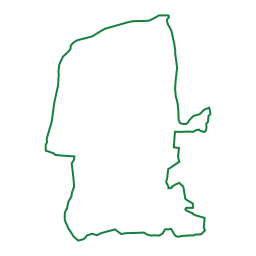 Maghrib Ans, Dhamar, Yemen, rotated 180°
{"feature_id": "15242507B95174628891381", "entity_name": "Maghrib Ans", "entity_type": "district", "adm_level": 2, "iso_a3": "YEM", "parent_name": "Yemen", "parent_adm1": "Dhamar", "projection": "albers", "projection_center": [44.109, 14.465], "detail": "fine", "context": "isolated", "style": "outline", "palette": "green", "viewbox_px": 256, "rotation_deg": 180, "n_neighbors": 0, "source": "geoboundaries", "source_scale": "gbopen_adm2", "svg_char_len": 2743}
<svg xmlns="http://www.w3.org/2000/svg" viewBox="0 0 256 256"><g transform="rotate(180 128 128)"><path d="M179.4,215.5L183.4,212.7L185.4,210.0L185.3,207.6L186.2,206.2L187.3,204.8L193.1,199.3L195.2,194.9L196.7,191.3L197.6,184.2L197.2,181.6L197.5,178.2L197.9,170.7L201.8,152.9L204.2,134.7L205.8,129.2L208.2,121.1L209.3,117.2L209.0,114.1L209.1,113.6L210.3,111.0L210.3,106.3L210.2,105.3L206.7,104.2L202.0,102.5L200.9,101.1L199.2,100.9L192.6,100.3L181.7,99.6L181.8,97.4L181.9,96.4L184.3,92.7L182.6,78.4L182.6,78.1L182.1,72.3L181.9,69.1L182.6,67.9L182.7,66.5L183.6,65.0L184.4,61.5L184.5,59.8L185.3,58.3L186.2,56.8L187.7,54.0L189.0,47.7L189.0,47.3L189.9,46.5L190.1,45.6L191.1,43.6L191.3,39.1L191.2,35.7L188.2,29.1L188.2,28.4L185.0,23.7L184.1,22.2L183.2,20.8L182.4,19.5L178.1,15.7L177.7,15.4L172.0,17.0L168.9,20.6L167.2,21.2L165.3,21.8L164.2,22.2L158.7,20.8L157.5,21.6L157.2,21.7L155.6,22.6L148.5,24.6L141.0,26.6L140.8,26.4L135.8,22.7L134.8,22.0L130.2,22.8L121.1,23.1L111.9,23.4L110.2,22.2L109.4,21.8L108.0,21.1L105.3,20.5L101.5,20.7L100.7,20.7L96.9,20.4L93.7,22.2L90.9,26.7L90.4,26.7L87.4,26.7L84.8,27.1L81.9,22.0L80.3,20.0L77.5,19.2L74.2,20.0L66.1,20.6L62.6,20.5L60.7,21.5L58.3,21.5L54.9,21.7L53.6,23.0L51.0,25.6L52.2,28.2L51.4,38.1L61.0,40.8L63.0,42.0L63.2,42.4L63.5,42.9L65.9,43.6L68.6,45.1L69.5,45.5L70.7,46.5L69.8,48.1L67.2,48.1L63.1,48.1L63.1,48.5L63.1,52.4L69.5,56.2L70.8,57.5L71.4,61.5L71.5,62.0L72.1,65.9L72.7,69.0L72.8,69.4L75.0,71.4L76.9,73.2L77.9,72.6L81.6,71.0L83.0,69.6L84.0,69.5L84.1,68.8L84.3,68.4L84.6,68.1L85.3,68.0L87.5,67.7L87.5,69.2L87.5,69.4L87.9,70.0L89.0,72.3L89.8,73.9L89.7,74.5L89.5,75.5L88.8,77.8L87.8,86.8L76.7,94.3L76.8,94.4L78.0,99.5L77.9,100.2L77.7,102.0L77.5,103.9L77.4,104.9L77.0,108.0L82.2,108.7L81.3,120.9L81.0,124.2L75.5,124.1L69.0,124.4L62.7,124.2L60.4,125.7L57.0,126.4L55.8,125.3L51.9,124.0L51.2,124.4L50.1,125.3L49.9,126.2L49.6,128.2L49.6,131.3L49.6,132.5L49.2,133.0L47.9,134.3L47.8,137.2L47.6,138.4L47.6,138.7L47.5,139.6L47.4,140.3L45.7,141.6L45.7,142.0L45.8,143.1L45.8,143.7L45.8,144.3L46.6,147.6L46.8,148.3L47.5,148.0L51.9,146.3L56.4,141.7L56.9,141.6L57.6,141.4L58.1,141.3L62.6,140.1L63.6,139.0L66.4,136.2L67.9,133.7L69.9,132.0L73.2,132.1L75.2,132.7L76.2,133.3L76.5,134.0L77.4,136.4L77.5,140.4L77.5,141.4L77.6,143.7L77.7,145.9L78.3,151.6L78.8,154.3L79.4,156.7L80.2,159.3L80.9,167.3L80.2,177.5L79.8,180.0L79.6,181.9L78.9,188.1L80.9,203.3L80.7,204.3L81.7,212.1L84.7,225.4L88.2,232.0L88.6,233.4L89.0,234.7L88.8,236.7L87.1,238.7L87.3,240.4L89.4,240.6L97.1,240.6L97.7,240.2L100.4,238.7L106.0,235.7L106.5,235.4L110.7,235.1L123.3,234.8L129.7,233.3L145.2,228.9L150.9,227.3L156.9,223.9L163.6,219.7L170.9,217.7L171.1,217.7L173.3,217.1L175.7,216.5L179.4,215.5Z" fill="none" stroke="#15803d" stroke-width="2"/></g></svg>